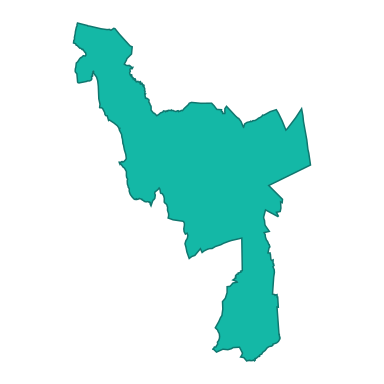 San Salvador, Hidalgo, Mexico
{"feature_id": "50627088B65020558146987", "entity_name": "San Salvador", "entity_type": "district", "adm_level": 2, "iso_a3": "MEX", "parent_name": "Mexico", "parent_adm1": "Hidalgo", "projection": "equal_earth", "projection_center": [-99.069, 20.296], "detail": "fine", "context": "isolated", "style": "filled", "palette": "teal", "viewbox_px": 384, "rotation_deg": 0, "n_neighbors": 0, "source": "geoboundaries", "source_scale": "gbopen_adm2", "svg_char_len": 5915}
<svg xmlns="http://www.w3.org/2000/svg" viewBox="0 0 384 384"><path d="M301.6,108.7L295.7,117.7L287.4,128.6L285.9,130.1L282.2,121.0L278.4,113.2L276.3,109.7L270.3,111.6L263.8,115.2L262.6,115.1L262.1,116.0L260.5,117.3L258.4,118.2L257.7,118.9L255.1,120.5L252.8,120.7L252.1,121.4L251.1,121.6L250.7,121.2L250.1,121.7L247.0,122.4L244.6,124.0L243.6,127.2L243.2,126.8L241.0,121.5L238.6,118.3L237.8,118.1L235.4,115.9L226.5,106.3L224.9,108.6L224.8,111.8L225.0,112.4L224.8,113.5L222.7,113.5L222.7,112.3L222.3,111.7L221.4,111.6L221.5,109.7L216.8,109.4L214.1,105.8L211.6,103.2L200.8,103.3L191.5,102.4L189.3,103.2L188.3,104.7L184.2,108.5L182.5,110.6L181.3,110.4L180.3,111.1L179.5,111.4L179.0,111.1L178.6,111.5L178.1,110.7L177.2,110.8L176.8,111.3L175.7,111.5L173.7,110.9L172.9,110.4L171.7,110.6L171.3,110.0L170.7,110.5L168.5,110.3L167.8,111.0L167.3,110.7L167.0,111.2L166.5,111.0L166.1,111.4L165.7,111.2L165.5,111.5L165.3,111.2L163.5,110.9L162.7,112.1L160.5,112.9L159.1,114.2L156.8,115.7L154.5,113.3L153.5,113.1L151.1,110.1L151.1,106.7L150.7,105.5L150.1,104.8L149.7,103.3L148.8,102.2L149.0,100.5L148.8,99.6L146.9,98.3L146.4,98.5L146.0,98.0L145.5,98.1L144.9,94.8L145.5,93.9L144.7,93.7L145.1,91.2L144.5,90.6L144.8,88.9L144.0,86.9L143.5,86.6L144.0,86.2L144.0,85.4L143.8,85.1L143.5,85.5L142.7,85.1L142.1,83.3L141.8,83.3L141.8,84.1L141.1,83.7L140.8,84.1L140.3,84.0L140.1,83.4L140.7,82.5L140.4,81.6L139.8,81.8L139.6,82.4L138.4,81.9L137.9,81.3L136.7,81.9L136.2,81.8L135.8,80.7L135.0,80.4L135.5,79.7L135.2,78.9L134.9,78.7L134.3,79.0L133.6,78.5L133.3,78.9L133.0,77.6L132.3,77.6L131.8,75.7L131.4,75.7L131.0,75.3L130.9,75.9L130.5,75.5L130.5,75.0L130.9,74.7L130.1,74.6L129.7,73.4L129.6,72.6L130.3,71.3L129.9,69.9L130.0,69.1L130.7,68.7L132.1,68.8L132.7,67.6L132.0,67.8L132.0,67.6L131.9,68.0L131.6,67.9L132.1,67.3L131.1,66.9L130.4,66.0L129.5,65.9L129.1,65.3L128.2,65.6L126.3,65.4L124.3,64.1L126.4,60.2L126.9,58.6L131.5,54.0L132.2,46.8L130.2,46.0L129.1,44.9L119.4,34.2L115.0,28.7L113.8,28.3L111.2,30.1L110.3,30.1L109.7,29.4L107.1,29.6L101.2,28.8L89.6,26.1L87.9,26.0L87.7,25.6L77.5,23.0L77.0,24.6L77.1,25.7L76.4,27.1L75.4,31.6L75.2,33.7L74.4,37.4L74.5,39.2L73.8,40.5L73.5,43.0L75.6,43.7L76.2,45.2L77.1,45.4L79.8,48.2L80.7,48.2L82.2,49.6L82.6,49.2L82.9,49.3L84.7,52.1L85.5,52.5L86.0,54.9L85.3,56.0L83.3,55.7L81.2,57.7L80.7,57.6L79.7,58.7L77.6,61.9L76.3,63.0L75.8,67.2L75.3,68.9L75.2,70.9L75.3,71.8L76.9,73.9L77.6,82.1L78.2,82.8L79.2,82.9L86.8,81.4L87.4,80.9L89.5,80.9L90.9,80.3L91.8,79.0L91.5,76.5L91.7,76.1L92.5,76.2L92.7,75.2L92.4,74.2L92.5,73.6L92.9,73.3L93.0,71.6L93.8,70.8L93.5,71.6L93.6,73.1L96.5,77.0L97.7,80.8L98.3,86.2L98.8,98.8L100.0,104.3L99.6,107.5L99.9,107.8L101.4,107.7L102.6,108.5L104.7,112.6L104.9,114.2L105.4,115.1L105.8,115.6L107.2,115.8L108.6,120.5L109.4,120.0L113.8,122.9L117.3,125.7L118.8,127.9L119.1,128.9L119.7,128.7L119.3,129.9L121.6,134.5L121.9,137.2L122.5,139.3L122.9,143.5L123.5,145.1L124.4,149.9L125.8,154.4L126.3,158.5L125.5,159.9L123.8,161.6L122.5,162.0L122.1,161.5L121.7,161.6L120.7,162.3L119.2,162.2L119.3,162.7L120.0,164.3L120.3,163.8L121.1,164.2L122.9,166.9L124.5,168.1L126.1,171.0L126.4,171.7L126.4,175.8L126.7,177.7L127.4,178.5L127.6,179.2L127.2,180.7L127.4,184.2L128.1,186.0L128.2,187.1L129.3,188.8L129.2,191.1L129.9,193.4L130.4,194.6L132.3,197.2L134.2,199.2L135.2,199.5L135.9,199.0L136.2,199.4L136.7,198.9L137.1,199.4L138.0,199.3L139.2,198.4L139.6,198.8L140.7,198.8L141.6,199.5L142.0,199.4L142.3,200.0L143.9,200.8L144.2,201.4L146.2,201.9L147.1,201.6L148.7,201.8L149.0,202.2L149.6,202.0L149.7,202.5L150.2,202.6L150.2,204.1L151.0,205.8L152.5,201.4L153.5,199.6L153.9,199.6L154.8,198.4L155.3,195.0L154.7,193.5L154.9,192.1L158.1,189.4L159.1,188.0L159.8,189.0L160.1,190.2L160.5,192.9L161.0,193.4L162.3,193.6L163.7,195.9L164.3,198.4L164.2,202.1L164.6,202.3L164.8,203.0L165.7,203.5L167.0,205.1L167.1,206.0L167.6,207.1L167.5,210.2L168.6,213.7L168.6,216.0L168.1,218.0L173.0,219.8L182.7,221.2L183.5,221.6L184.3,222.8L184.4,225.2L183.8,228.9L184.1,231.6L185.4,234.1L187.1,233.2L187.9,235.5L187.3,238.4L185.8,240.8L185.0,243.8L186.0,247.4L186.9,252.0L189.2,258.5L191.8,256.5L194.9,255.4L200.4,248.7L202.1,252.5L204.3,250.8L207.6,249.2L209.6,248.6L212.1,248.5L215.4,246.5L220.9,244.7L223.5,243.3L228.8,241.3L231.7,240.4L241.8,238.1L242.3,270.6L240.7,271.1L240.9,272.1L238.1,273.1L238.2,273.9L236.6,274.4L235.5,276.0L235.9,276.7L235.3,277.3L235.8,278.0L232.9,280.0L236.7,281.4L237.2,282.2L233.0,283.0L230.1,286.3L227.1,286.7L227.1,292.6L225.3,298.3L222.5,301.6L222.8,309.1L221.9,315.6L220.6,317.5L218.8,321.6L215.3,327.8L217.6,330.0L218.2,331.7L219.3,333.6L219.6,336.6L219.4,338.5L218.6,340.6L217.4,342.2L217.7,344.1L216.3,346.0L216.2,346.6L215.8,347.0L214.4,347.0L213.4,348.9L212.3,349.2L213.7,349.4L216.5,352.1L222.9,349.2L227.9,349.7L231.4,348.7L233.1,347.6L239.5,347.2L242.5,353.1L241.8,355.1L240.6,357.0L243.8,357.6L246.7,361.0L248.4,360.4L249.0,360.7L249.8,360.2L250.7,360.7L252.4,360.6L253.4,360.0L254.4,360.9L255.3,360.0L255.0,358.5L256.4,358.2L258.7,356.2L259.2,356.5L259.6,356.3L259.5,355.8L259.9,354.9L261.8,354.0L262.5,352.5L265.2,350.4L267.1,347.9L269.0,346.6L271.6,346.1L272.8,345.3L272.9,344.2L276.6,342.9L278.4,341.4L280.0,338.7L279.5,338.0L280.0,337.3L279.4,336.2L279.3,334.4L279.0,334.4L277.0,307.0L278.3,307.2L277.7,297.2L277.2,297.3L277.0,294.6L275.1,295.3L275.1,294.7L272.5,294.1L273.7,277.0L274.4,272.5L274.2,269.7L272.9,266.7L274.0,265.5L273.6,264.0L273.3,264.1L273.0,262.5L273.1,259.9L271.8,260.5L270.9,259.5L270.4,254.1L270.0,253.8L270.1,253.0L268.0,252.9L269.0,248.0L269.9,246.9L269.2,244.6L268.8,244.5L267.6,241.5L266.4,239.9L265.4,237.0L265.2,234.7L264.1,232.6L269.3,231.4L265.3,225.6L264.9,224.5L264.5,220.4L263.9,218.9L263.6,217.2L265.5,209.9L277.8,216.5L278.3,216.0L276.4,212.3L280.2,211.5L280.9,208.2L280.6,201.9L282.2,202.7L282.5,199.3L268.7,185.5L310.5,165.0L308.8,153.3L307.9,149.4L306.8,139.9L303.5,121.6L302.9,115.7L301.6,108.7Z" fill="#14b8a6" stroke="#0f766e" stroke-width="1.5"/></svg>